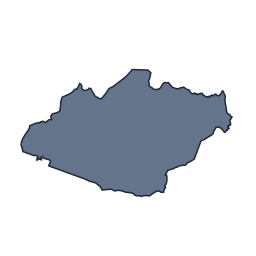 the district of Ado Odo/Ota, Ogun, Nigeria, rotated 20°
{"feature_id": "59680162B74094197759690", "entity_name": "Ado Odo/Ota", "entity_type": "district", "adm_level": 2, "iso_a3": "NGA", "parent_name": "Nigeria", "parent_adm1": "Ogun", "projection": "mercator", "projection_center": [3.173, 6.633], "detail": "fine", "context": "isolated", "style": "filled", "palette": "slate", "viewbox_px": 256, "rotation_deg": 20, "n_neighbors": 0, "source": "geoboundaries", "source_scale": "gbopen_adm2", "svg_char_len": 5219}
<svg xmlns="http://www.w3.org/2000/svg" viewBox="0 0 256 256"><g transform="rotate(20 128 128)"><path d="M34.9,159.5L35.1,160.0L35.3,161.9L35.1,163.9L33.8,168.7L32.8,173.7L32.6,177.1L33.3,180.4L36.5,184.7L37.2,186.1L45.5,186.1L49.2,186.1L49.9,185.4L51.8,185.5L52.5,185.5L53.0,185.7L53.5,185.9L52.7,187.7L53.5,189.3L55.2,187.5L57.6,187.5L57.4,186.6L56.9,186.3L56.4,186.2L55.8,185.9L56.9,184.6L57.6,183.8L58.8,185.3L61.4,185.1L64.8,184.8L66.5,185.5L66.6,187.6L66.4,190.3L66.6,190.7L71.4,190.7L75.8,190.7L87.7,190.7L92.4,190.7L97.9,190.7L101.5,190.7L102.5,190.7L103.2,190.7L105.2,190.7L110.0,191.1L116.6,190.7L122.5,192.9L124.9,195.2L128.4,193.5L131.8,191.8L132.6,191.5L133.2,191.4L133.8,191.4L134.2,191.4L135.2,191.5L137.1,191.7L139.7,190.0L143.2,189.2L145.0,189.2L147.7,189.1L148.1,189.1L150.3,188.5L153.0,187.9L155.7,187.8L157.2,188.8L159.8,188.7L161.8,187.8L164.3,187.7L165.6,186.3L167.9,185.4L171.3,184.5L172.5,183.0L173.3,181.6L173.6,181.2L175.6,178.7L176.2,178.1L176.7,177.6L177.6,177.0L178.5,176.6L181.2,177.1L183.5,176.1L183.1,174.3L183.1,172.5L183.6,171.8L183.5,170.6L182.3,169.8L183.0,167.5L183.0,167.1L182.9,166.4L182.8,165.3L182.2,163.1L182.0,162.4L181.6,161.4L180.9,159.9L180.8,159.7L179.9,158.8L179.2,159.3L179.0,158.4L179.1,157.5L179.6,156.9L179.8,154.5L183.4,151.4L185.0,150.5L185.4,149.4L187.9,147.7L188.6,146.5L191.7,144.5L194.0,143.7L194.6,143.1L195.0,142.7L195.9,140.2L196.5,139.7L198.2,138.0L198.8,137.3L199.3,136.6L200.9,134.5L201.0,117.4L201.0,116.9L201.0,116.4L201.2,114.9L202.6,113.6L203.4,113.0L203.9,112.6L204.2,112.1L205.1,110.8L207.4,107.8L208.6,106.5L209.5,104.9L210.0,104.1L209.9,103.7L209.8,103.1L209.6,101.8L210.1,100.5L210.3,97.7L211.6,96.7L212.8,96.2L213.5,96.1L214.1,96.1L215.6,96.5L216.0,97.0L217.3,97.0L220.0,99.1L220.3,98.8L220.6,98.7L221.1,98.1L221.3,97.2L221.6,95.7L222.2,95.8L222.5,94.8L223.1,94.0L223.1,93.7L221.7,93.4L221.4,93.3L221.3,93.1L221.7,92.6L221.5,92.3L222.0,91.8L221.8,91.5L221.7,91.3L222.3,91.3L222.4,90.8L223.0,90.5L223.1,90.2L223.2,89.9L223.3,89.7L222.7,88.5L221.5,86.5L220.9,85.6L221.0,85.4L221.3,85.2L221.5,84.8L221.5,84.7L221.4,84.5L221.4,84.3L221.5,84.1L221.6,83.8L221.7,83.2L221.9,82.8L222.0,82.4L222.0,82.1L221.3,82.0L221.0,81.9L220.4,81.7L220.2,81.5L219.6,81.1L219.4,80.9L219.1,80.8L217.9,80.6L217.3,80.5L216.6,80.3L216.4,80.2L216.1,80.0L215.8,79.6L215.5,79.3L215.4,79.2L214.6,78.0L213.8,76.4L212.7,74.4L212.2,73.7L211.8,72.8L211.7,72.7L211.1,71.7L210.8,71.1L210.0,69.7L209.8,69.1L209.6,68.8L209.4,68.1L209.2,67.3L208.7,65.3L208.4,64.7L208.0,64.2L207.6,63.7L206.7,63.0L206.4,62.6L205.5,61.6L204.7,60.8L204.5,61.0L204.3,61.0L204.2,61.0L203.8,61.1L204.0,61.8L204.0,62.1L203.5,64.3L203.6,64.8L203.4,64.9L202.8,65.7L202.6,66.3L202.5,66.7L202.4,66.7L202.2,66.7L201.8,66.9L201.7,67.0L201.4,66.9L201.1,66.8L200.7,66.8L200.4,66.8L200.2,66.8L200.0,66.7L199.9,66.6L199.7,66.5L199.3,66.3L198.8,66.1L198.7,66.2L198.2,66.6L198.0,67.0L197.9,67.2L197.8,67.6L197.6,67.8L197.6,68.0L197.5,68.5L197.2,68.5L197.2,68.3L196.9,68.3L196.6,68.3L196.1,68.2L195.9,68.2L195.7,68.2L195.7,68.4L195.6,68.5L195.3,69.0L195.1,69.3L195.0,69.5L194.9,69.5L194.8,69.4L194.6,69.5L194.0,70.2L194.0,70.3L194.0,70.6L194.0,70.9L194.0,71.0L193.5,70.9L193.4,70.9L192.9,71.0L192.8,70.9L192.7,71.0L192.6,71.4L192.5,71.5L192.2,71.6L191.8,71.8L191.5,71.6L191.3,71.5L191.1,71.7L190.6,71.8L190.2,71.9L189.9,71.9L189.5,71.8L189.1,71.7L188.7,71.5L188.4,71.4L188.2,71.3L187.9,71.4L187.5,71.4L187.3,71.5L187.3,71.4L187.2,71.1L187.0,70.9L186.9,70.8L186.2,70.3L185.9,70.0L185.4,70.5L185.2,70.7L185.0,70.8L184.9,70.8L184.4,71.1L184.0,71.3L183.8,71.4L183.7,71.3L183.7,71.2L183.6,71.3L183.4,71.4L183.3,71.5L183.1,71.6L182.9,71.9L182.8,72.0L182.7,72.1L182.4,72.2L182.3,72.3L182.0,72.4L181.9,72.4L181.8,72.5L181.7,72.9L181.1,72.8L180.8,72.8L180.7,72.8L180.6,72.7L180.4,72.4L180.1,72.5L179.9,72.5L179.7,72.6L179.9,72.8L179.6,73.0L179.3,72.7L179.1,72.4L178.9,72.4L178.8,72.5L178.7,72.4L178.5,72.5L178.4,72.6L178.3,72.8L178.1,73.0L177.9,73.3L177.7,73.3L177.1,73.6L176.7,73.8L176.3,73.7L176.2,73.7L175.9,73.6L175.6,73.5L175.2,73.4L174.9,73.3L174.7,73.2L174.3,73.0L174.1,72.9L174.0,72.7L173.7,72.4L173.3,72.1L173.1,71.9L173.0,71.7L172.8,71.6L172.5,71.5L172.1,71.5L171.8,71.4L171.3,71.4L171.0,71.5L170.6,71.5L170.3,71.5L170.0,71.5L169.8,71.5L169.3,71.5L169.0,71.4L168.8,71.3L168.3,71.1L167.9,71.0L167.6,70.9L166.6,70.6L165.9,70.8L165.1,71.4L163.9,72.2L162.9,72.8L161.5,74.2L158.7,74.6L155.4,74.5L150.8,71.6L146.5,72.9L145.5,74.8L144.8,79.0L144.2,80.3L140.9,82.5L139.4,82.7L136.0,81.8L133.7,81.4L132.3,78.3L131.2,76.6L131.4,73.8L130.6,68.3L127.4,67.0L127.0,66.7L112.0,71.6L110.4,75.9L108.4,80.6L102.6,89.8L99.5,94.5L99.1,95.0L98.2,95.6L97.3,96.8L96.4,98.3L95.9,100.6L95.1,103.7L94.1,106.6L92.9,109.8L89.7,110.0L85.8,109.2L84.3,107.7L82.9,106.7L81.9,106.0L80.0,103.9L79.4,103.7L78.3,103.8L77.8,104.0L77.9,104.5L77.7,104.9L77.4,105.1L77.3,105.8L76.2,106.5L74.7,107.4L73.6,107.7L72.7,107.6L71.4,107.0L70.1,104.1L69.3,103.3L67.5,102.6L66.7,109.0L65.0,109.6L62.9,114.1L59.6,117.8L55.6,121.5L55.8,126.5L56.8,129.3L58.2,135.6L55.3,138.5L52.1,140.5L51.4,143.5L53.3,146.2L51.1,147.1L48.5,151.1L45.7,150.7L44.6,151.8L43.4,152.3L43.5,153.2L40.9,154.3L39.7,155.0L34.9,159.5Z" fill="#64748b" stroke="#1e293b" stroke-width="1.5"/></g></svg>